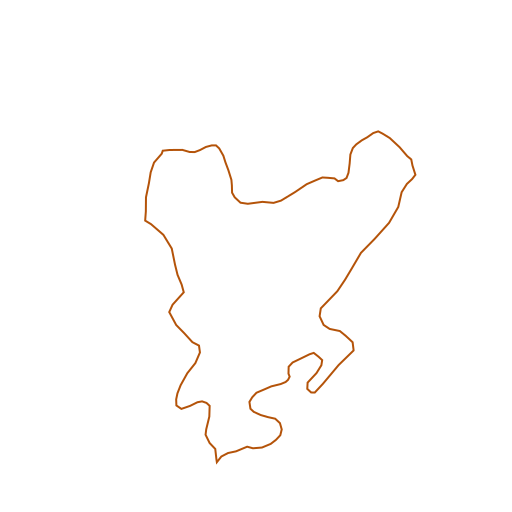 SVG path tracing the border of Negotino, rotated 223°
{"feature_id": "MKD-2946", "entity_name": "Negotino", "entity_type": "Statistical Region", "adm_level": 1, "iso_a3": "MKD", "parent_name": "North Macedonia", "parent_adm1": "", "projection": "orthographic", "projection_center": [22.1, 41.501], "detail": "fine", "context": "isolated", "style": "outline", "palette": "amber", "viewbox_px": 512, "rotation_deg": 223, "n_neighbors": 0, "source": "natural_earth", "source_scale": "10m", "svg_char_len": 1942}
<svg xmlns="http://www.w3.org/2000/svg" viewBox="0 0 512 512"><g transform="rotate(223 256 256)"><path d="M120.3,253.6L120.2,253.4L121.2,232.6L119.9,208.1L119.9,196.2L120.1,196.0L122.6,193.8L127.9,193.8L131.9,198.6L131.9,211.7L133.7,220.7L136.6,225.0L141.6,225.0L147.7,224.5L149.8,220.7L153.1,212.1L156.6,203.1L156.6,197.3L152.0,192.1L149.1,190.7L148.1,187.3L148.4,184.0L150.6,179.2L155.9,171.1L158.8,164.4L162.4,156.3L162.4,150.1L161.3,144.8L155.9,140.5L151.3,140.5L144.1,142.9L137.4,146.3L131.0,150.1L124.5,150.1L118.9,146.7L116.0,141.5L116.0,135.3L117.1,128.6L121.0,120.0L127.1,113.3L132.4,110.5L137.4,99.5L142.1,92.8L144.6,85.7L144.0,78.5L146.4,80.4L154.2,87.1L162.4,87.6L171.0,90.9L174.2,95.3L180.6,106.7L187.7,114.8L192.0,114.8L196.3,112.9L199.1,109.1L202.0,101.4L206.3,93.3L212.3,92.4L216.6,96.7L219.8,102.0L223.0,110.1L226.3,123.4L227.3,136.3L231.2,147.2L236.6,151.6L243.7,149.6L255.9,150.6L267.3,151.1L281.2,155.8L283.8,163.5L284.1,180.2L290.9,184.4L300.5,188.7L309.4,194.5L322.7,204.0L338.1,208.3L354.5,207.7L361.2,206.3L366.9,213.4L376.5,223.9L383.9,236.1L390.1,245.4L394.3,254.8L394.7,266.5L396.0,269.4L391.6,274.5L382.2,283.4L375.5,286.8L371.7,290.2L369.2,295.3L367.0,301.6L363.8,306.7L360.7,309.6L356.3,309.6L348.3,307.1L342.3,303.7L334.7,299.9L325.9,294.9L321.7,291.1L316.7,286.0L311.6,284.4L303.7,284.4L297.6,288.6L288.2,300.0L279.4,306.8L275.5,313.5L271.1,329.1L267.9,343.1L264.2,351.6L261.0,358.7L256.9,362.1L251.5,366.3L247.0,366.7L243.9,371.0L243.0,374.8L245.1,379.9L250.5,387.4L256.2,394.6L258.8,401.0L258.8,406.0L257.5,412.8L255.6,418.7L254.1,425.9L251.6,430.5L247.0,431.8L238.6,433.5L225.2,433.5L213.5,432.2L208.3,432.5L203.3,428.9L194.8,424.1L194.3,418.7L194.8,411.6L193.0,402.0L185.4,388.9L181.3,371.0L180.9,349.5L181.4,329.9L177.4,312.0L174.7,299.4L172.5,285.7L172.9,261.9L168.4,255.3L159.5,251.7L152.4,252.9L143.5,258.3L135.8,258.8L126.5,258.8L120.3,253.6Z" fill="none" stroke="#b45309" stroke-width="2"/></g></svg>